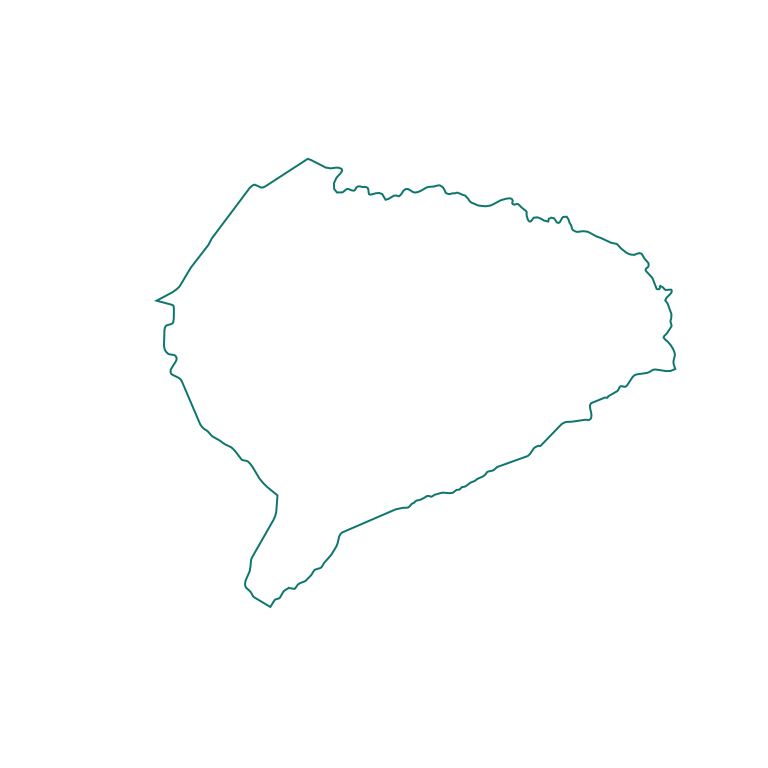 map outline of Presidente Hayes (Mercator projection), rotated 303°
{"feature_id": "PRY-605", "entity_name": "Presidente Hayes", "entity_type": "Department", "adm_level": 1, "iso_a3": "PRY", "parent_name": "Paraguay", "parent_adm1": "", "projection": "mercator", "projection_center": [-58.464, -23.686], "detail": "fine", "context": "isolated", "style": "outline", "palette": "teal", "viewbox_px": 768, "rotation_deg": 303, "n_neighbors": 0, "source": "natural_earth", "source_scale": "10m", "svg_char_len": 5134}
<svg xmlns="http://www.w3.org/2000/svg" viewBox="0 0 768 768"><g transform="rotate(303 384 384)"><path d="M148.3,413.1L147.0,412.7L144.2,410.3L143.0,409.9L135.1,410.1L134.4,391.2L134.5,390.2L134.9,389.3L136.7,386.1L137.2,384.4L138.1,379.2L138.9,377.9L140.1,376.7L142.4,375.5L144.2,374.9L153.9,373.3L158.7,371.2L162.9,368.9L164.8,368.1L166.6,367.8L210.3,365.3L215.0,364.4L218.2,363.2L231.6,355.9L232.6,355.2L234.0,342.0L235.2,336.3L236.9,331.0L243.0,318.6L244.5,314.3L244.9,311.8L244.5,310.2L243.4,307.6L243.1,306.5L243.1,305.6L246.7,295.6L247.4,292.6L247.7,290.1L246.8,283.2L247.1,276.5L246.6,269.1L246.8,267.4L248.1,262.8L248.4,260.9L248.4,257.1L248.9,254.7L250.1,251.8L276.2,212.9L277.1,211.0L277.3,208.8L277.3,208.2L276.5,201.4L276.7,199.8L277.6,198.6L279.5,197.5L281.7,197.2L289.5,197.1L291.5,196.7L293.0,195.8L294.0,193.9L294.1,192.8L293.9,191.8L292.2,188.4L291.9,187.2L291.8,186.1L292.1,184.6L292.3,183.8L293.0,182.2L294.2,180.6L296.0,178.8L309.8,170.4L311.7,169.7L313.6,169.3L315.0,170.0L316.0,170.8L317.3,172.0L318.3,172.8L319.4,173.4L320.3,173.7L321.0,173.6L324.3,172.1L332.6,166.9L334.7,165.1L335.1,164.3L334.7,162.3L330.0,147.9L345.1,156.3L350.2,158.4L353.4,159.2L355.6,159.4L376.3,158.6L405.1,161.0L412.1,160.3L475.5,164.6L478.9,165.6L480.8,167.0L481.8,173.9L482.9,175.4L484.8,176.7L531.3,197.4L532.1,200.8L533.8,217.3L535.8,221.8L539.2,225.8L540.7,228.2L541.3,231.3L540.0,232.8L537.0,232.8L531.2,231.8L525.0,232.7L520.5,235.9L519.0,240.2L522.0,244.7L523.3,245.3L526.3,246.2L527.5,246.9L528.2,248.3L528.9,251.8L529.7,253.4L531.0,254.0L534.0,253.8L535.3,254.4L536.3,255.6L536.7,256.3L537.6,258.9L539.0,260.8L539.5,262.1L539.4,263.9L538.2,265.3L536.4,266.7L535.1,268.0L535.3,269.4L539.8,273.6L541.6,276.0L542.3,279.1L539.4,284.9L541.4,286.8L547.4,289.8L548.7,291.5L549.5,294.2L551.7,295.0L557.0,295.1L559.5,296.2L560.6,298.0L560.8,300.5L560.7,303.6L561.6,306.0L563.7,308.1L566.5,309.9L571.5,312.4L572.4,313.0L573.6,314.1L576.9,318.4L578.3,319.5L580.5,321.8L581.0,322.7L581.1,325.8L580.8,326.7L580.1,328.2L579.0,330.2L578.2,331.1L577.9,332.1L578.3,334.2L579.1,335.7L581.5,337.9L582.4,339.5L584.2,341.0L584.6,341.8L584.8,343.0L585.6,347.4L586.1,348.9L586.2,349.9L585.6,351.4L585.4,353.1L584.2,355.8L583.8,357.4L583.8,359.2L584.5,362.3L584.6,363.9L585.1,366.0L588.4,372.5L592.1,376.5L601.9,382.0L606.0,385.6L608.0,388.0L608.6,389.2L608.7,390.7L607.9,392.1L605.5,393.0L605.0,394.2L605.4,395.6L606.4,396.6L607.5,397.5L607.9,398.3L607.8,399.4L606.9,403.8L606.5,408.4L606.0,409.9L602.9,411.9L602.4,412.4L601.9,413.2L600.9,414.2L599.9,415.7L599.5,417.4L600.2,418.5L601.8,418.8L603.6,418.8L605.0,419.0L607.4,422.0L608.1,425.6L608.3,429.5L609.7,433.2L612.3,432.3L614.6,433.7L615.6,436.3L614.7,438.7L613.9,440.0L613.7,441.5L614.3,442.8L615.6,443.3L620.5,443.0L621.7,443.3L623.8,446.1L622.6,449.0L620.2,451.9L619.1,454.4L616.7,457.2L616.2,458.0L616.0,458.6L616.0,459.5L616.2,461.4L616.6,462.7L617.1,463.7L619.7,466.6L620.8,468.1L622.2,470.9L622.8,472.8L623.5,482.0L624.6,486.4L626.0,496.9L626.7,499.0L628.2,502.7L628.0,504.2L626.8,508.9L626.2,515.0L626.3,518.0L626.8,520.0L627.7,521.8L628.7,523.7L630.5,524.8L632.7,526.7L633.6,529.0L630.7,535.0L630.1,537.8L629.3,540.1L627.2,541.6L625.7,541.7L624.5,541.2L623.3,540.9L621.7,541.6L621.3,542.7L619.2,551.2L612.3,560.8L612.3,561.7L613.4,563.0L614.6,563.2L615.8,562.4L616.7,562.3L617.0,564.6L616.7,566.3L616.3,567.6L616.3,569.0L617.5,570.7L619.0,572.5L619.5,573.7L618.9,574.6L617.0,575.3L614.2,574.9L610.5,574.0L607.3,574.3L606.0,577.9L599.5,586.6L598.1,587.7L596.4,588.6L594.8,589.4L593.5,589.6L592.4,590.3L589.9,593.1L588.9,593.7L584.5,593.7L580.6,593.7L576.8,592.9L575.2,593.2L574.5,595.2L574.0,599.0L572.8,603.1L571.0,607.0L569.0,610.1L567.1,611.9L565.5,612.7L561.6,614.0L559.6,615.1L558.1,616.5L555.2,620.1L551.1,617.3L548.5,613.6L544.1,603.9L542.5,601.9L538.3,599.9L536.3,598.3L530.3,591.4L528.4,589.6L525.7,588.7L515.0,588.6L513.2,588.0L512.3,586.5L511.8,584.8L510.9,583.6L509.6,583.3L506.6,583.7L505.3,583.6L495.9,578.8L494.2,578.9L492.9,576.6L480.8,568.2L478.3,568.3L476.0,570.0L472.2,573.9L470.6,575.1L468.9,576.0L467.4,576.3L465.7,575.7L464.9,574.9L464.5,573.7L463.7,572.3L455.0,562.5L451.8,558.0L450.2,556.4L447.1,554.8L417.4,549.0L416.7,548.3L416.3,547.1L415.5,546.5L414.4,546.0L413.4,545.2L411.5,544.7L404.7,544.5L401.9,543.8L376.0,524.1L371.7,523.0L370.4,522.1L367.7,519.4L366.4,518.5L365.6,518.4L363.0,518.3L360.4,517.4L355.3,514.0L352.1,512.9L348.3,510.2L342.7,508.2L341.4,507.2L340.7,506.2L339.7,505.4L337.6,505.1L336.4,504.6L334.6,502.5L330.2,500.9L327.9,498.1L325.2,492.9L323.9,491.4L318.7,486.8L315.4,485.3L314.9,484.1L314.6,482.8L314.1,481.8L313.3,481.0L310.4,479.7L307.3,477.9L305.9,476.8L304.4,475.2L303.3,474.4L300.8,473.9L298.5,472.5L295.2,472.1L293.8,471.6L292.8,470.7L290.5,467.4L285.3,462.1L236.8,429.8L234.3,429.2L231.5,429.5L225.2,431.8L222.0,432.5L211.9,432.8L201.3,431.2L197.1,431.4L195.8,431.2L194.4,430.4L191.7,428.0L190.3,427.1L189.1,426.9L184.3,427.1L175.9,425.4L171.5,422.2L169.0,421.0L164.2,420.8L163.4,420.5L161.3,415.8L161.1,415.0L159.9,414.7L157.5,413.4L156.1,412.9L154.5,412.7L148.3,413.1Z" fill="none" stroke="#0f766e" stroke-width="2"/></g></svg>